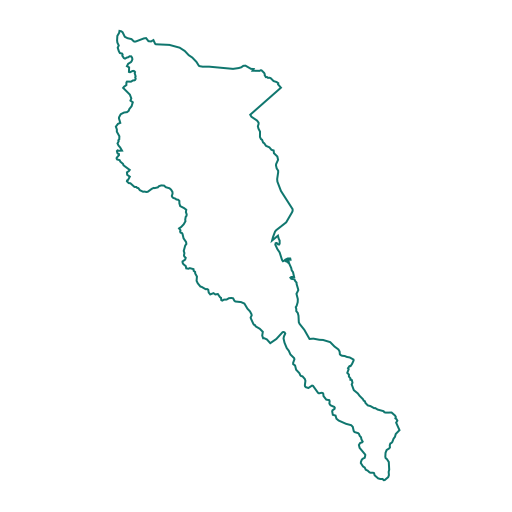 Lugari, Western, Kenya, rotated 276°
{"feature_id": "3690345B14512896386362", "entity_name": "Lugari", "entity_type": "district", "adm_level": 2, "iso_a3": "KEN", "parent_name": "Kenya", "parent_adm1": "Western", "projection": "mercator", "projection_center": [34.875, 0.621], "detail": "fine", "context": "isolated", "style": "outline", "palette": "teal", "viewbox_px": 512, "rotation_deg": 276, "n_neighbors": 0, "source": "geoboundaries", "source_scale": "gbopen_adm2", "svg_char_len": 6085}
<svg xmlns="http://www.w3.org/2000/svg" viewBox="0 0 512 512"><g transform="rotate(276 256 256)"><path d="M465.6,96.7L463.7,96.6L460.4,95.1L456.0,95.3L453.8,95.8L451.0,97.5L448.7,96.7L445.3,98.2L443.6,99.4L443.3,101.7L442.4,102.3L441.2,102.1L439.0,103.9L438.6,105.1L439.9,106.9L440.2,108.0L441.4,109.4L441.5,111.0L440.3,112.0L438.8,112.5L437.1,112.1L435.8,111.4L433.8,108.8L431.3,107.8L430.3,110.1L425.8,110.4L425.6,111.5L427.1,113.9L427.3,115.1L426.9,115.9L426.3,116.5L425.3,116.2L422.1,117.5L421.1,117.2L419.7,117.8L418.5,117.4L417.9,116.5L417.8,115.4L416.3,113.4L416.0,109.5L415.1,109.0L412.4,109.2L410.6,107.1L409.3,106.3L403.3,113.7L399.7,115.5L397.4,114.9L396.0,117.4L391.9,116.6L389.0,114.7L387.1,114.2L385.6,112.7L384.9,109.8L382.9,106.7L382.1,106.3L379.6,105.3L378.6,105.3L374.2,107.1L373.0,104.9L370.0,103.1L367.3,104.4L365.1,104.6L360.8,107.6L357.7,107.8L356.7,107.0L355.7,107.4L353.5,106.5L351.5,107.7L349.7,109.6L346.8,111.7L346.3,108.5L346.6,107.3L345.8,106.7L343.9,107.4L343.3,108.0L343.1,109.0L342.0,109.2L339.2,107.2L338.3,107.2L337.5,107.8L337.1,110.3L335.6,111.3L333.7,114.1L332.3,114.8L328.4,121.4L327.2,120.7L325.7,118.9L323.3,119.4L321.7,122.2L318.3,120.8L317.7,119.9L316.8,119.8L315.2,121.8L315.2,123.5L312.0,127.9L312.1,129.8L311.3,130.7L311.2,131.9L309.3,133.6L308.1,137.0L308.4,138.2L308.2,140.4L308.6,141.7L311.9,145.3L313.0,147.1L312.9,148.0L314.0,151.2L315.3,152.2L316.3,154.4L316.4,157.2L315.0,159.1L314.3,162.9L313.1,164.6L311.0,166.2L309.2,166.5L306.9,166.0L305.9,166.6L305.1,167.6L304.6,169.9L303.9,170.8L303.8,172.7L302.8,174.0L300.3,174.3L297.7,175.4L296.1,179.5L294.7,181.8L292.3,181.7L290.2,182.7L288.7,182.7L287.6,182.0L284.7,181.8L283.2,182.2L280.0,180.8L277.1,178.6L275.4,176.6L273.7,178.2L272.2,178.0L271.3,178.6L271.2,179.8L270.3,180.6L266.0,182.1L262.6,185.0L260.7,185.5L259.0,184.5L253.5,183.6L251.4,184.5L249.1,184.3L248.1,184.7L246.8,186.3L245.0,185.9L242.9,183.5L241.6,183.7L240.3,184.6L238.6,187.2L236.4,187.9L236.3,190.2L237.0,191.4L236.4,195.2L234.7,195.6L233.8,197.1L232.2,197.4L229.4,199.4L225.1,199.5L222.8,200.9L219.8,203.9L219.6,205.2L217.7,209.4L218.0,210.8L217.5,212.0L214.7,212.8L213.0,214.5L214.6,217.6L213.5,219.6L214.2,222.0L211.2,224.6L210.7,225.6L208.5,226.1L208.1,227.1L209.3,228.8L209.6,231.3L211.2,233.5L211.7,236.0L211.5,237.7L209.3,239.1L208.6,240.2L208.6,245.9L207.5,249.4L202.7,253.0L200.3,255.8L197.6,257.6L196.5,257.9L194.2,257.1L193.4,257.4L188.3,260.4L187.4,261.2L187.1,262.3L186.0,263.0L184.0,267.4L181.3,270.7L177.5,270.5L174.9,271.7L175.1,272.7L174.2,275.5L170.8,279.3L175.6,284.9L183.0,290.4L183.3,291.5L182.9,292.5L181.9,293.2L179.0,292.2L176.9,292.0L172.8,293.4L167.6,296.2L165.2,298.5L161.7,300.5L158.4,304.6L157.3,305.0L153.6,304.1L152.3,304.3L151.2,306.3L147.1,307.8L144.0,311.4L141.9,312.6L141.3,313.5L141.2,314.8L138.8,317.4L137.0,318.2L132.6,318.1L131.5,318.4L130.7,319.3L130.2,321.9L133.0,325.3L132.8,326.3L126.4,332.0L126.0,333.0L126.8,335.5L126.7,336.7L126.0,337.3L123.7,337.8L120.5,340.9L120.3,343.9L119.3,344.4L117.0,344.4L115.9,345.1L115.2,346.0L114.1,349.6L113.3,350.2L112.2,350.1L110.5,348.2L109.4,348.0L106.1,349.0L105.6,351.8L102.6,353.0L101.0,355.4L98.5,363.1L97.7,368.3L96.2,370.1L92.1,371.5L91.2,372.4L90.5,376.1L89.8,377.0L87.9,378.0L86.7,379.4L84.7,380.0L82.5,381.5L81.7,380.9L81.0,379.2L79.7,378.5L78.8,378.1L76.0,379.1L69.9,385.4L68.9,385.5L66.7,385.2L65.4,383.2L64.4,382.5L62.3,381.9L61.0,381.9L57.9,384.4L57.0,386.2L54.9,387.5L54.2,389.5L52.7,391.5L52.4,392.6L52.7,395.0L52.4,396.1L50.3,396.9L47.6,400.7L47.2,403.1L47.5,405.2L46.4,406.4L46.6,407.4L49.9,410.6L52.0,411.1L55.1,410.5L57.4,410.8L65.0,409.6L67.7,407.4L68.5,406.1L69.8,405.6L73.8,405.4L76.7,406.2L78.5,408.5L79.6,409.2L81.8,408.8L83.6,409.2L84.3,410.3L85.3,411.0L88.7,411.9L90.7,413.1L93.6,413.6L97.8,416.9L104.9,412.8L107.0,413.8L108.5,412.7L109.1,411.6L110.5,411.9L111.8,411.0L114.5,407.2L113.8,401.4L114.0,400.0L115.0,399.1L116.0,393.0L117.2,390.5L117.0,389.4L118.7,385.5L119.1,382.8L121.3,380.2L122.9,379.5L123.4,378.2L124.7,377.4L127.8,373.6L130.0,371.6L132.8,367.3L138.3,364.6L140.0,365.2L142.6,364.3L142.8,362.8L144.1,362.8L145.8,361.0L147.8,360.8L149.3,359.0L153.2,360.0L154.0,359.2L156.3,360.5L156.3,361.5L158.7,362.8L162.3,364.0L163.2,363.8L164.9,359.8L165.1,357.0L165.8,354.7L165.8,352.0L166.3,350.6L167.0,349.7L169.8,349.1L171.7,347.7L174.2,343.5L178.1,338.8L179.5,331.5L179.3,327.9L179.8,321.7L179.1,317.9L187.6,311.8L193.1,306.4L194.6,305.5L201.0,304.5L203.7,303.5L205.4,301.8L207.5,301.6L209.3,300.9L210.6,301.6L214.4,302.3L217.5,302.1L222.6,300.2L226.4,301.6L227.3,301.4L232.4,299.3L233.8,299.1L235.2,297.6L236.8,296.7L237.0,293.5L238.0,292.5L238.8,293.3L239.1,296.1L243.8,294.5L245.5,293.0L247.7,292.3L252.0,289.8L252.6,288.9L253.4,289.3L253.9,288.4L253.5,287.6L253.8,286.5L254.7,286.6L255.5,288.5L255.9,290.7L257.1,290.3L256.9,287.9L255.4,285.5L254.1,284.4L253.6,283.3L254.8,282.3L262.1,279.1L265.0,276.6L269.3,274.0L270.8,274.2L271.1,275.2L269.8,276.8L269.9,277.9L271.0,278.2L273.8,277.9L275.7,276.7L278.5,275.7L273.1,270.4L276.5,270.9L282.3,272.4L283.8,273.4L292.6,282.5L303.3,287.3L304.7,287.7L306.4,287.5L323.3,274.0L332.2,269.5L334.7,269.0L341.6,269.3L343.2,269.1L345.3,267.4L348.2,266.4L349.5,266.4L354.0,267.9L357.2,266.8L360.1,263.1L362.8,262.5L363.2,260.3L365.5,257.9L366.6,254.4L369.0,252.4L369.6,251.2L372.2,249.9L372.8,248.7L374.8,247.5L380.1,247.0L383.0,245.1L385.2,244.3L387.7,244.8L388.9,244.6L390.8,242.9L394.0,236.9L395.9,235.5L426.0,263.2L429.0,260.0L430.2,260.1L431.2,258.2L431.8,255.2L434.4,252.0L434.7,250.7L434.4,249.3L435.1,248.3L434.9,247.1L436.8,245.7L437.7,245.7L438.9,245.0L441.0,242.4L441.3,241.5L440.5,240.1L439.9,233.2L441.7,234.0L441.6,231.4L444.2,225.6L443.8,223.5L442.1,221.6L441.1,219.1L439.7,213.6L439.4,189.6L438.7,183.3L438.9,180.2L439.2,179.3L442.8,176.5L446.7,171.9L448.7,168.1L452.4,163.8L455.2,158.3L456.9,147.8L456.1,134.3L456.5,133.5L460.0,131.4L458.4,129.2L458.4,126.6L461.2,123.9L460.7,121.8L457.0,114.5L456.5,113.2L456.7,112.0L458.7,109.5L459.2,105.4L460.3,102.6L464.6,99.9L465.4,98.5L465.6,96.7Z" fill="none" stroke="#0f766e" stroke-width="2"/></g></svg>